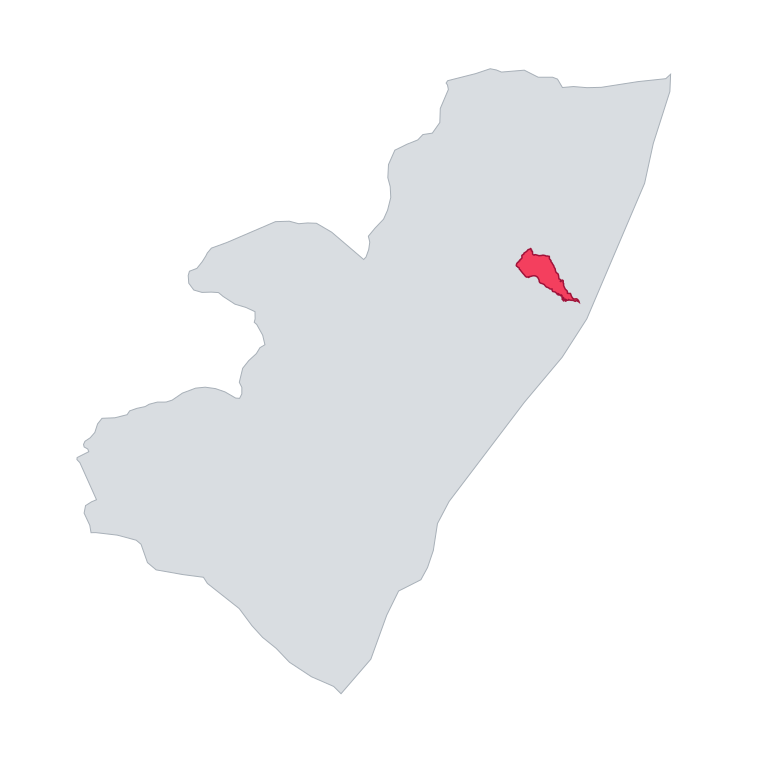 Wedjah, Sinoe, Liberia shown in context, rotated 265°
{"feature_id": "62588387B38040387852125", "entity_name": "Wedjah", "entity_type": "district", "adm_level": 2, "iso_a3": "LBR", "parent_name": "Liberia", "parent_adm1": "Sinoe", "projection": "orthographic", "projection_center": [-8.85, 5.295], "detail": "fine", "context": "in_parent", "style": "filled", "palette": "rose", "viewbox_px": 768, "rotation_deg": 265, "n_neighbors": 0, "source": "geoboundaries", "source_scale": "gbopen_adm2", "svg_char_len": 5647}
<svg xmlns="http://www.w3.org/2000/svg" viewBox="0 0 768 768"><g transform="rotate(265 384 384)"><path d="M79.2,314.2L87.1,307.5L98.7,286.2L115.0,265.6L130.1,253.5L142.1,241.0L154.7,231.4L172.9,220.2L200.7,190.7L207.2,187.3L211.7,166.9L218.7,140.8L226.7,132.8L245.5,128.0L250.0,123.5L256.7,105.1L261.1,83.8L261.4,79.2L268.9,78.6L281.5,74.0L288.9,76.1L292.1,82.3L293.8,87.5L332.1,74.2L335.5,71.5L337.5,71.9L342.3,84.0L345.1,83.2L347.4,79.8L350.0,79.4L353.0,81.1L356.0,86.6L360.9,91.7L369.2,95.2L374.4,100.1L373.8,112.9L375.8,125.4L379.4,128.3L381.3,135.8L382.3,144.0L384.3,148.3L385.7,156.5L385.0,165.4L386.4,171.6L392.5,182.4L396.3,196.0L396.4,205.6L394.1,215.7L390.0,224.9L382.9,235.0L382.3,238.9L386.5,241.5L393.0,242.1L398.3,240.0L412.0,244.6L419.1,251.3L425.4,259.5L431.0,263.6L433.5,268.8L443.2,267.4L454.4,262.4L456.8,260.1L460.1,261.3L467.3,261.8L472.4,252.9L476.5,242.5L485.2,231.4L489.5,227.1L490.6,219.9L491.1,210.7L494.2,202.7L501.4,198.3L509.1,198.4L513.3,200.0L515.5,207.7L521.7,213.6L527.1,217.7L529.9,219.4L534.4,223.9L538.6,239.6L555.2,290.0L554.4,303.9L551.1,313.0L551.1,321.9L550.0,330.7L539.8,345.1L509.8,374.6L512.1,377.2L519.3,380.5L526.6,382.2L532.6,381.3L540.1,388.7L548.2,397.9L556.8,402.7L569.2,407.0L580.0,407.4L589.2,405.8L602.2,407.6L616.0,415.2L620.9,427.9L624.2,438.9L629.1,444.5L629.7,454.0L639.6,462.4L653.6,464.1L671.8,473.8L676.4,473.3L678.4,472.1L680.6,473.9L685.2,502.3L688.8,517.3L687.0,523.4L684.5,528.2L684.4,551.1L676.2,564.3L674.9,578.7L672.6,583.4L663.8,587.6L663.8,598.7L661.5,612.1L660.6,626.3L663.1,663.5L663.6,691.3L667.6,696.5L650.5,694.3L600.1,673.2L561.2,661.1L431.2,591.7L395.1,563.8L353.6,522.3L261.3,438.6L240.3,425.1L213.8,418.6L197.4,411.4L185.8,403.7L176.5,380.5L153.5,366.6L111.0,346.9L79.2,314.2Z" fill="#d9dde1" stroke="#a8b0b8" stroke-width="1"/><path d="M448.6,585.5L449.2,585.4L449.7,585.2L450.5,584.8L450.8,584.6L451.0,584.4L451.7,583.8L452.0,583.3L452.1,582.8L452.1,581.8L452.1,581.1L452.1,580.6L452.4,580.3L452.7,579.8L453.1,579.4L453.4,579.3L454.0,578.9L454.4,578.7L455.1,578.4L456.0,578.1L456.7,578.0L457.9,577.6L458.0,577.3L458.0,577.0L458.0,576.8L458.1,576.2L458.2,575.7L458.3,574.8L458.5,574.6L459.1,574.7L460.3,574.7L461.0,574.4L461.5,573.9L461.8,573.7L462.6,572.9L464.1,572.3L465.2,571.9L466.2,571.6L466.7,571.5L468.3,571.7L468.9,571.4L469.5,571.3L470.4,571.5L471.2,571.5L471.3,571.0L471.9,570.9L471.9,570.4L471.1,569.7L470.7,569.1L470.7,568.8L471.0,568.6L471.6,569.2L472.1,569.2L473.0,568.4L473.5,567.5L474.0,567.4L474.9,567.4L475.1,567.4L477.1,567.3L478.4,567.0L479.0,566.5L479.4,565.9L480.2,565.2L481.3,564.8L482.7,564.6L483.6,564.6L484.8,564.1L485.7,563.6L485.9,563.6L486.4,563.5L486.7,563.5L487.4,563.2L488.6,562.5L489.4,562.2L490.2,561.8L490.4,561.7L491.2,561.1L491.7,560.9L491.8,560.9L492.2,561.1L492.7,560.9L493.4,560.4L493.9,559.9L494.7,559.7L496.2,559.8L496.7,559.8L496.8,559.7L496.8,559.3L497.2,558.2L497.3,557.2L497.4,556.5L498.0,555.6L498.1,555.2L498.3,554.2L498.5,553.7L498.4,552.9L498.3,552.0L498.3,549.5L498.5,549.1L499.0,547.9L499.3,547.0L499.6,546.4L499.7,545.6L499.6,545.1L499.3,544.8L499.4,544.6L499.6,544.2L499.9,543.8L500.5,543.4L500.9,543.4L501.5,543.4L501.9,543.4L502.7,543.5L503.1,543.3L503.1,543.2L503.4,543.0L503.7,542.9L503.8,542.6L503.9,542.4L504.1,542.4L504.2,542.6L504.2,542.8L504.4,542.8L504.5,542.8L504.7,542.4L504.8,542.4L505.2,542.2L505.5,542.1L505.9,542.1L506.1,542.1L506.2,541.9L506.0,541.6L505.7,541.1L505.4,540.0L505.3,539.3L504.9,538.9L504.0,538.0L503.3,537.0L502.5,535.5L502.1,534.8L501.4,534.7L500.7,533.6L500.2,532.7L499.9,532.5L499.1,532.5L498.1,532.5L497.2,532.2L496.7,531.4L496.2,531.0L495.9,530.3L495.0,530.0L494.9,529.4L494.3,529.0L493.9,528.7L493.6,527.9L492.8,527.1L492.1,526.6L490.6,526.1L490.2,526.2L489.8,526.4L489.6,526.8L489.4,527.1L488.9,527.4L488.6,527.7L488.0,528.6L487.7,528.8L487.2,528.8L486.5,528.9L485.8,529.7L485.3,529.9L484.8,530.2L483.2,531.3L482.4,531.8L481.5,532.5L480.0,533.6L479.0,534.2L478.1,535.2L478.0,536.3L478.1,537.2L477.6,537.3L477.6,537.5L477.8,537.9L478.4,538.6L478.3,539.3L478.5,540.1L478.7,541.0L478.8,542.0L478.8,543.0L478.7,543.1L478.6,543.7L478.5,544.3L477.7,545.4L477.7,545.5L477.0,546.3L475.7,546.9L475.3,547.1L474.7,547.3L473.7,547.6L472.7,547.6L472.4,547.6L472.2,547.7L471.3,548.2L470.6,549.2L470.3,550.3L469.7,551.3L469.1,552.3L468.0,553.0L467.0,553.7L466.4,554.3L466.3,554.6L466.1,555.0L465.9,555.6L465.4,556.4L464.7,557.1L464.2,557.7L463.9,559.7L463.4,559.6L463.0,559.6L462.2,559.8L461.5,560.1L461.3,560.7L460.9,562.1L460.7,562.4L460.6,562.6L460.0,563.2L459.5,563.7L459.0,563.9L458.6,564.2L458.8,564.4L459.0,564.7L459.0,565.1L458.8,565.6L458.5,565.6L458.0,565.2L457.5,565.3L457.5,565.5L457.5,565.8L457.5,566.4L457.9,566.6L457.8,566.8L457.4,567.0L457.2,567.0L456.8,567.4L456.8,567.7L456.4,568.0L456.4,568.3L457.1,568.5L456.8,568.9L456.6,569.0L456.3,568.9L455.9,568.9L455.3,568.9L454.7,568.9L454.2,569.0L454.1,569.4L454.5,569.6L454.7,569.9L454.3,570.4L453.9,570.3L453.7,569.8L453.3,569.3L453.0,568.9L452.8,569.0L452.5,569.2L452.0,569.7L451.3,570.0L451.2,570.1L451.6,570.6L452.2,570.8L452.6,570.9L452.8,571.1L452.7,571.8L452.5,572.3L452.3,572.6L452.2,572.4L451.8,572.0L451.6,572.2L451.3,572.3L450.8,572.0L450.7,572.2L450.7,572.3L451.0,572.8L451.4,573.1L451.5,573.5L451.4,574.1L451.4,574.8L451.6,575.1L452.0,575.3L451.9,575.5L451.6,575.8L451.5,576.2L451.4,576.3L451.4,576.5L451.2,577.3L451.0,577.8L451.1,578.2L451.1,578.8L450.8,579.5L450.7,579.6L450.7,579.8L450.7,580.1L450.5,580.4L450.1,580.9L449.9,581.3L449.8,581.5L449.7,581.8L449.8,582.1L450.0,582.4L450.2,582.6L450.2,583.0L450.0,583.6L449.4,584.4L448.9,585.2L448.6,585.5Z" fill="#f43f5e" stroke="#9f1239" stroke-width="1.5"/></g></svg>